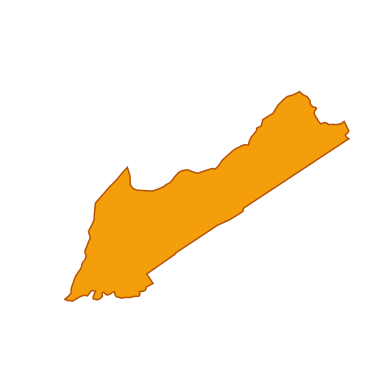 outline of Lapai, Niger, Nigeria, rotated 56°
{"feature_id": "59680162B14261849329471", "entity_name": "Lapai", "entity_type": "district", "adm_level": 2, "iso_a3": "NGA", "parent_name": "Nigeria", "parent_adm1": "Niger", "projection": "robinson", "projection_center": [6.661, 8.736], "detail": "fine", "context": "isolated", "style": "filled", "palette": "amber", "viewbox_px": 384, "rotation_deg": 56, "n_neighbors": 0, "source": "geoboundaries", "source_scale": "gbopen_adm2", "svg_char_len": 2943}
<svg xmlns="http://www.w3.org/2000/svg" viewBox="0 0 384 384"><g transform="rotate(56 192 192)"><path d="M135.4,231.8L136.9,238.3L139.8,247.9L141.4,256.1L141.5,256.8L141.5,257.0L141.8,257.9L143.6,264.7L146.2,274.6L146.2,274.9L147.2,278.2L154.7,284.5L160.5,288.9L163.0,293.0L166.8,299.9L173.1,301.8L176.0,306.5L178.5,309.8L180.6,313.4L182.8,314.8L185.7,315.3L188.2,318.4L189.6,322.8L193.0,326.3L194.2,329.6L196.9,336.0L201.2,341.8L203.2,344.5L204.9,346.4L206.0,347.2L207.4,348.2L207.7,348.4L207.9,348.5L208.0,348.6L208.1,348.8L208.2,349.2L208.3,349.4L209.0,351.3L209.2,351.7L209.2,351.8L209.7,356.9L209.8,357.0L209.9,357.4L210.0,357.5L212.3,355.8L215.7,351.9L216.1,343.7L217.1,339.6L218.8,337.6L219.6,336.8L217.6,330.2L220.3,327.4L222.7,331.2L223.4,332.3L223.6,332.5L223.8,332.8L225.4,333.5L225.4,333.4L225.5,333.4L225.7,333.2L225.9,333.1L226.9,332.2L227.1,332.1L228.5,330.7L228.6,330.2L228.7,329.6L229.0,328.0L228.5,324.7L225.4,322.8L225.8,321.1L226.0,321.1L226.3,321.1L226.5,321.0L227.3,320.9L228.3,320.8L228.5,320.7L228.9,320.5L229.2,320.4L229.3,320.4L229.5,320.3L230.0,320.0L230.7,317.3L230.9,313.4L231.4,312.0L233.4,313.1L236.3,313.4L239.2,310.9L239.3,310.8L239.8,310.5L240.6,309.8L240.7,309.7L240.8,309.4L240.9,309.2L241.4,307.7L241.5,307.3L241.6,307.2L241.7,306.9L241.9,306.6L242.5,305.8L242.6,305.7L244.7,302.4L244.8,302.3L244.8,302.2L245.0,301.8L245.4,301.0L245.5,300.7L245.6,300.4L245.7,300.2L245.8,299.5L245.9,299.3L245.9,299.0L245.9,298.9L247.2,296.6L248.4,295.2L248.6,293.6L247.4,292.2L247.2,292.1L246.8,292.0L246.5,291.9L245.2,291.4L247.2,287.5L247.2,285.1L245.2,282.8L246.0,275.4L234.6,275.4L234.1,241.3L233.4,238.7L233.4,236.8L233.7,206.7L233.8,189.6L236.1,175.8L236.6,160.8L234.2,158.2L234.4,140.8L234.7,115.6L235.2,66.4L235.5,32.1L233.2,33.3L230.2,32.9L230.2,30.4L229.0,27.8L218.5,26.4L218.8,29.8L218.0,31.9L216.7,35.0L216.2,35.6L214.6,37.6L214.2,38.0L214.0,38.3L212.7,41.0L211.0,41.3L208.6,43.1L207.7,47.1L205.1,47.5L199.4,47.3L195.0,46.8L193.4,45.0L192.6,42.3L191.7,42.0L190.9,42.3L189.3,44.1L188.2,44.3L187.6,44.5L187.3,44.6L187.1,44.6L186.9,44.6L185.9,44.9L182.4,43.1L177.3,43.3L173.0,45.8L168.9,46.8L169.0,46.9L168.5,50.7L167.9,54.3L166.1,59.8L166.5,64.4L167.2,67.3L167.9,71.5L169.6,75.4L172.0,80.6L171.6,92.8L176.0,97.7L175.5,100.3L175.3,102.7L175.7,103.0L177.2,104.3L177.8,105.9L179.7,112.5L181.8,115.9L184.5,119.0L184.4,119.2L182.0,122.4L182.0,122.5L181.2,127.0L180.4,133.1L181.3,140.6L182.6,149.2L182.6,149.3L182.9,150.0L185.6,156.8L185.7,160.0L183.7,162.3L181.4,170.2L179.6,176.9L175.7,180.1L171.3,183.0L170.3,185.1L168.8,188.1L168.7,188.2L168.7,188.4L168.7,188.5L168.7,189.0L168.4,191.1L168.4,191.6L168.3,191.9L168.3,192.0L169.9,198.5L171.0,201.1L171.9,205.6L171.9,206.7L171.4,208.7L171.7,212.9L171.7,213.1L170.3,220.2L169.0,224.4L165.2,229.4L160.0,236.3L159.9,236.4L159.8,236.5L156.0,239.0L151.2,239.0L146.8,236.1L143.6,234.3L140.5,233.3L135.4,231.8Z" fill="#f59e0b" stroke="#b45309" stroke-width="1.5"/></g></svg>